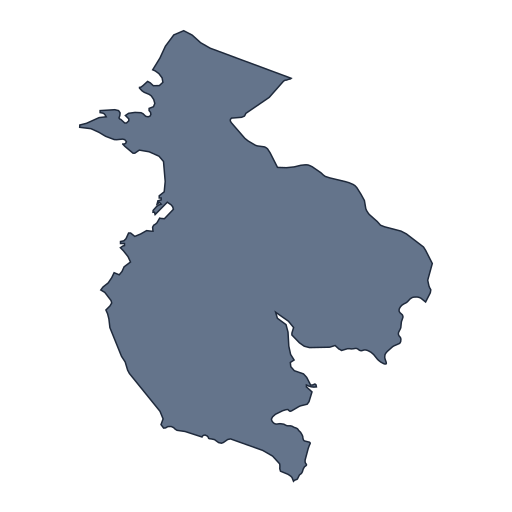 an SVG outline of Guanacaste
{"feature_id": "CRI-1334", "entity_name": "Guanacaste", "entity_type": "Province", "adm_level": 1, "iso_a3": "CRI", "parent_name": "Costa Rica", "parent_adm1": "", "projection": "albers", "projection_center": [-85.354, 10.467], "detail": "fine", "context": "isolated", "style": "filled", "palette": "slate", "viewbox_px": 512, "rotation_deg": 0, "n_neighbors": 0, "source": "natural_earth", "source_scale": "10m", "svg_char_len": 5370}
<svg xmlns="http://www.w3.org/2000/svg" viewBox="0 0 512 512"><path d="M183.7,30.7L192.2,35.1L200.6,42.7L210.2,48.2L240.3,59.4L280.5,74.3L291.2,78.3L290.5,78.9L288.3,79.4L286.5,80.1L285.3,80.2L284.5,80.5L283.4,81.3L269.2,97.4L245.8,113.4L245.2,114.8L244.4,116.1L241.6,117.3L231.5,118.1L230.4,119.4L230.3,120.1L230.3,120.9L231.0,122.2L231.3,122.7L244.9,138.4L248.2,141.0L255.5,145.3L257.3,145.9L264.0,146.8L264.8,147.0L265.5,147.4L266.2,147.8L267.5,148.8L270.1,152.8L277.5,167.4L286.4,167.7L294.2,166.9L300.7,165.3L304.4,164.9L306.3,164.8L308.2,165.0L310.0,165.7L312.3,166.8L321.1,172.9L323.3,175.0L325.2,176.4L329.8,177.9L345.6,181.7L349.0,182.7L353.0,184.4L354.9,185.6L356.8,187.6L361.0,194.3L364.4,200.5L365.8,208.7L366.7,210.8L368.4,213.4L369.3,214.5L377.3,221.6L380.5,225.2L384.6,226.8L401.0,231.1L406.4,233.9L423.5,247.0L425.7,250.5L432.3,263.5L427.7,280.2L428.9,285.8L429.7,287.9L430.1,288.5L430.8,289.8L430.3,292.8L425.6,302.0L420.9,298.2L419.6,297.6L417.9,297.1L416.4,297.0L414.1,297.1L412.9,297.3L411.9,297.7L410.1,298.9L407.5,301.7L406.4,302.6L403.7,304.0L401.9,305.2L400.6,306.6L399.8,307.8L399.3,308.9L399.1,309.7L399.1,310.6L399.2,311.4L399.6,312.1L400.0,312.7L402.2,314.7L402.6,315.3L402.8,316.1L403.0,316.9L402.8,317.7L401.4,321.8L400.8,327.6L400.5,328.5L398.6,332.3L398.4,333.4L398.4,334.2L398.6,334.9L398.9,335.6L399.3,336.2L400.3,337.3L400.7,338.2L400.9,339.3L400.7,341.5L400.2,342.6L399.6,343.4L393.9,345.9L392.6,346.7L387.2,351.5L385.8,353.2L385.0,354.6L384.8,356.4L384.7,357.4L385.1,359.1L386.2,362.3L386.3,363.5L385.9,364.0L385.2,364.0L384.3,363.9L383.6,363.6L380.8,362.1L378.5,360.3L377.4,359.2L373.7,354.6L371.5,352.7L370.9,352.2L368.1,350.7L366.7,350.2L365.8,350.0L364.8,349.9L363.6,350.1L362.1,350.6L361.6,350.7L360.9,350.7L360.1,350.5L359.4,350.2L358.8,349.8L357.7,348.9L357.0,348.6L356.2,348.4L355.4,348.4L353.7,348.7L351.8,348.9L350.9,348.9L350.0,348.7L347.5,348.7L341.5,350.5L340.2,349.6L339.0,349.1L335.1,345.5L329.7,347.2L309.5,347.6L304.2,346.2L299.4,342.8L291.9,335.0L291.9,333.1L293.6,327.5L288.4,321.2L275.6,312.2L277.4,318.3L286.0,324.6L288.0,332.1L288.8,346.1L290.6,354.4L294.1,360.0L290.3,362.5L290.8,366.7L294.3,370.7L303.5,373.9L306.7,377.4L310.6,385.0L312.5,385.0L314.9,384.0L316.0,384.8L316.4,386.9L313.8,387.1L311.1,386.8L308.6,386.0L306.4,385.0L306.4,386.9L312.0,391.9L309.0,401.7L307.2,404.2L300.7,405.8L299.2,406.4L291.5,410.9L290.1,411.3L289.5,411.0L288.9,410.5L288.4,410.0L287.9,409.5L285.9,409.7L282.7,410.7L275.4,414.3L272.6,416.8L271.4,419.1L271.9,420.9L272.9,422.3L274.0,423.3L275.3,423.9L276.6,424.1L279.4,423.7L280.3,423.7L281.2,423.8L283.9,424.2L284.6,424.6L285.9,425.3L286.7,425.6L287.5,425.8L290.3,425.8L292.0,426.2L294.0,427.3L296.3,428.1L297.0,428.5L297.6,428.9L298.9,430.7L300.5,432.2L301.3,433.5L301.7,434.2L302.1,434.9L302.7,436.3L302.9,438.1L303.4,439.8L303.8,440.4L304.4,440.9L305.1,441.1L309.5,442.2L310.1,442.8L310.2,443.5L309.3,445.4L308.2,448.5L305.1,460.1L305.1,462.0L305.5,463.2L306.3,464.2L306.5,464.9L306.2,465.5L304.5,466.8L303.9,467.8L303.2,469.1L302.4,471.7L301.7,473.0L301.0,473.8L300.2,474.3L299.4,475.0L297.4,479.0L296.7,479.5L296.1,479.6L294.3,480.4L293.6,481.2L293.5,481.3L292.0,477.5L290.7,476.1L288.0,474.3L280.5,471.2L279.8,468.8L279.9,466.0L279.7,463.9L272.6,456.1L262.7,450.4L230.5,438.9L227.7,439.5L223.4,442.5L221.5,443.2L218.6,442.6L214.5,439.6L211.2,438.9L209.3,438.7L208.6,438.3L208.3,437.3L207.2,436.0L205.1,435.0L203.3,435.4L202.2,436.4L202.0,437.0L185.1,431.5L177.0,430.3L175.1,429.1L173.6,427.6L171.2,426.5L167.8,426.6L165.6,427.9L163.6,428.1L161.0,424.6L163.1,418.9L160.0,411.3L129.4,373.5L127.6,370.1L125.2,362.0L121.5,356.3L109.9,327.6L108.9,319.0L107.6,313.8L105.9,310.0L110.0,305.9L111.7,303.0L111.1,300.6L104.8,292.4L100.8,290.0L103.0,287.0L108.2,282.9L111.7,277.7L114.1,272.7L119.2,274.8L122.0,271.5L124.1,266.8L130.5,262.0L128.0,256.6L123.5,250.9L120.4,247.7L122.3,246.4L123.1,245.9L124.5,245.6L124.5,243.5L120.5,243.5L120.5,241.5L123.9,240.8L126.0,238.7L128.6,233.0L130.6,233.0L134.8,236.4L140.6,234.0L146.6,230.6L151.2,231.2L153.0,231.2L152.6,227.2L153.7,225.2L155.4,224.2L156.9,222.9L159.7,218.1L160.7,218.4L164.4,218.7L173.4,209.3L172.7,206.8L171.2,204.9L167.3,202.2L155.1,214.6L154.8,213.6L154.8,212.7L154.5,212.2L153.0,212.3L153.1,210.4L156.5,206.6L158.6,205.1L161.2,204.2L159.2,202.2L158.9,202.4L158.5,203.0L157.9,203.7L157.0,204.2L157.7,201.7L157.9,200.8L161.2,199.9L161.2,198.0L159.2,198.0L159.2,195.8L164.2,191.8L165.2,181.5L163.5,161.5L159.0,156.2L149.2,151.8L139.3,150.1L134.8,153.2L133.0,153.2L124.8,146.3L122.4,143.7L123.8,144.2L125.6,143.4L126.4,141.7L124.7,139.6L122.5,139.1L116.7,139.7L114.3,139.6L105.6,136.3L98.7,132.2L91.0,128.7L79.7,127.3L79.8,125.0L86.5,123.3L99.1,117.6L106.2,116.8L105.1,114.9L104.2,113.8L102.8,113.1L100.1,112.6L100.1,110.6L114.8,109.7L118.6,110.6L120.1,112.9L119.8,115.7L119.0,117.9L119.6,118.9L120.9,119.5L124.7,123.0L126.5,123.0L128.8,120.8L128.8,118.9L125.4,115.5L128.6,113.3L135.0,112.4L141.0,112.7L143.0,113.7L145.7,116.3L148.1,116.8L150.0,116.1L150.9,114.4L150.5,112.3L149.1,110.6L149.1,108.4L153.5,106.7L154.8,103.4L153.7,99.5L151.3,95.9L149.2,94.4L144.2,92.3L142.0,90.8L139.5,88.1L139.5,87.4L141.0,87.1L143.0,85.6L147.6,81.4L150.2,82.8L153.3,85.7L159.3,85.6L162.9,82.3L162.1,77.9L158.9,73.6L155.2,70.9L152.7,69.8L159.9,58.1L165.4,46.2L173.8,34.9L183.7,30.7Z" fill="#64748b" stroke="#1e293b" stroke-width="1.5"/></svg>